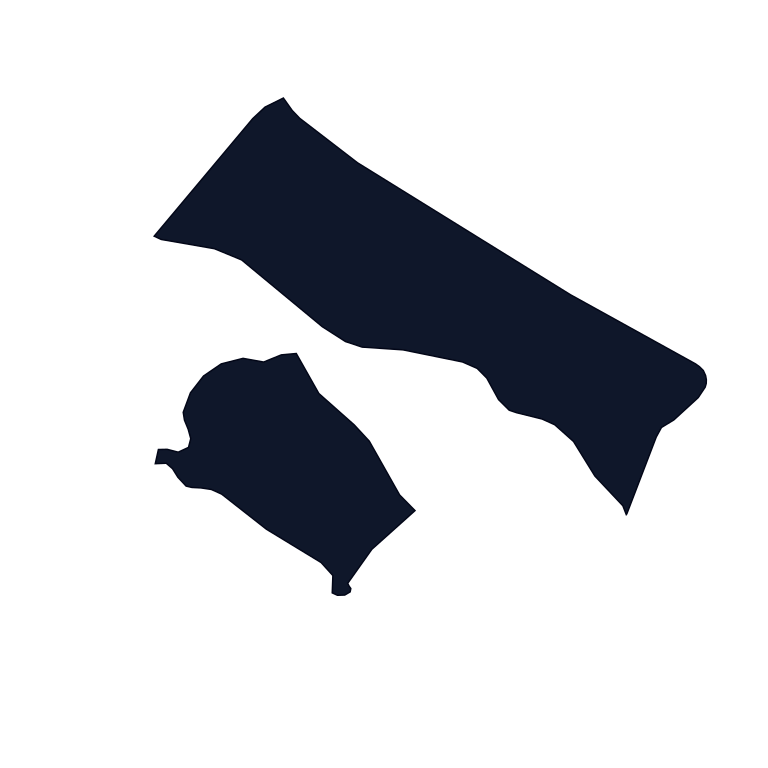 the border of Pulau Pinang, rotated 306°
{"feature_id": "MYS-1139", "entity_name": "Pulau Pinang", "entity_type": "State", "adm_level": 1, "iso_a3": "MYS", "parent_name": "Malaysia", "parent_adm1": "", "projection": "natural_earth1", "projection_center": [100.346, 5.345], "detail": "fine", "context": "isolated", "style": "filled", "palette": "ink", "viewbox_px": 768, "rotation_deg": 306, "n_neighbors": 0, "source": "natural_earth", "source_scale": "10m", "svg_char_len": 1168}
<svg xmlns="http://www.w3.org/2000/svg" viewBox="0 0 768 768"><g transform="rotate(306 384 384)"><path d="M420.8,656.7L425.9,648.8L433.5,608.7L448.9,571.1L451.4,546.1L448.6,532.5L438.7,508.1L436.4,500.7L438.7,485.9L449.2,463.7L451.4,450.2L448.0,434.6L422.8,379.3L401.0,344.6L395.7,327.9L394.1,300.4L400.7,195.9L393.8,167.3L370.0,118.8L368.5,111.2L368.9,111.2L521.5,121.8L538.1,125.0L556.2,134.5L551.3,149.0L549.4,159.6L547.4,232.5L565.8,482.3L583.4,624.3L583.4,629.2L582.6,634.4L579.8,639.3L576.9,642.3L573.8,644.4L570.2,645.7L557.7,646.2L525.3,639.6L511.9,634.0L501.2,635.4L421.6,656.8L420.9,656.7L420.8,656.7ZM321.9,254.9L331.0,273.7L347.2,283.8L357.1,295.1L338.0,336.9L333.4,384.0L329.1,405.7L303.4,461.9L299.8,483.5L243.1,471.3L201.4,471.8L200.0,474.5L199.0,477.4L195.9,478.8L190.2,476.3L185.7,470.5L184.6,464.9L199.0,455.2L202.6,438.1L197.4,374.3L199.5,317.4L197.2,306.3L192.3,296.9L187.4,289.4L185.1,283.9L187.4,272.1L191.2,262.7L191.9,254.4L185.1,245.8L198.4,240.0L203.7,247.0L207.9,257.6L217.8,263.1L226.2,259.8L232.3,252.2L237.5,243.8L243.1,238.2L263.1,232.6L284.4,233.3L304.6,240.5L321.9,254.9Z" fill="#0f172a" stroke="#020617" stroke-width="1.5"/></g></svg>